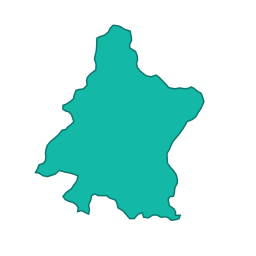 Astolfo Dutra, Minas Gerais, Brazil, rotated 197°
{"feature_id": "56859067B65913887503429", "entity_name": "Astolfo Dutra", "entity_type": "district", "adm_level": 2, "iso_a3": "BRA", "parent_name": "Brazil", "parent_adm1": "Minas Gerais", "projection": "mercator", "projection_center": [-42.877, -21.322], "detail": "fine", "context": "isolated", "style": "filled", "palette": "teal", "viewbox_px": 256, "rotation_deg": 197, "n_neighbors": 0, "source": "geoboundaries", "source_scale": "gbopen_adm2", "svg_char_len": 1995}
<svg xmlns="http://www.w3.org/2000/svg" viewBox="0 0 256 256"><g transform="rotate(197 128 128)"><path d="M151.7,33.3L148.2,35.5L144.0,34.6L140.5,34.2L141.0,38.6L143.2,43.0L142.6,48.0L143.0,52.6L140.6,55.3L136.7,54.6L132.7,55.8L128.6,57.1L125.2,55.7L121.9,55.6L118.8,55.3L116.6,52.8L114.2,48.7L109.0,47.5L104.3,44.7L99.9,41.8L95.6,43.2L93.3,48.2L89.7,51.2L87.0,47.3L82.3,48.0L78.8,52.0L75.1,53.2L70.0,52.3L66.5,54.1L63.3,54.0L59.8,52.4L55.7,54.2L52.7,56.3L52.5,59.8L57.1,58.4L58.1,61.8L60.5,64.1L65.6,65.7L68.7,71.2L67.9,74.6L64.5,76.1L64.8,80.0L65.7,84.5L64.8,89.4L65.6,92.9L68.1,97.2L72.2,100.6L76.2,102.9L79.8,105.7L81.5,109.9L83.3,114.9L82.3,119.3L81.8,123.7L81.2,128.0L78.8,133.6L76.6,139.2L74.9,144.5L73.4,151.4L69.0,154.9L66.5,158.5L65.4,163.2L64.0,167.9L63.1,175.2L65.7,179.4L68.2,182.5L72.4,183.5L76.6,185.2L79.6,185.7L82.3,183.2L86.5,181.9L90.4,181.4L94.1,179.4L97.9,178.7L101.0,178.6L104.3,180.7L108.8,183.2L112.9,185.5L116.6,186.8L120.8,183.8L125.5,183.2L129.9,184.7L133.5,186.3L136.5,188.4L138.8,192.2L138.8,195.9L140.3,199.6L143.2,203.4L149.3,204.9L150.9,207.7L150.2,212.8L151.5,216.0L154.2,221.3L159.9,221.3L164.8,222.7L168.0,222.7L172.2,221.9L174.1,218.4L174.9,213.9L177.9,209.6L180.9,207.7L184.0,204.9L182.8,200.4L181.5,195.4L180.8,191.7L180.6,187.7L180.2,184.1L177.1,179.7L175.8,174.2L179.3,169.3L181.6,164.6L181.5,161.3L179.6,157.0L182.1,152.3L185.9,150.6L188.7,148.9L189.0,144.0L188.7,140.1L190.7,136.7L194.1,132.7L196.8,130.7L195.7,126.9L192.5,126.0L189.3,126.2L186.2,124.4L184.0,121.7L181.7,118.2L183.6,114.4L185.8,111.4L187.2,108.3L190.4,106.7L192.3,101.5L195.4,96.6L198.3,92.0L200.1,87.8L200.1,83.8L199.6,79.9L198.0,76.2L197.4,72.5L198.9,69.3L202.3,66.7L202.6,62.2L203.5,58.4L199.8,58.8L195.1,57.5L190.8,58.0L187.9,60.0L184.3,62.5L181.3,67.4L176.1,67.4L171.1,67.9L166.3,68.1L161.8,67.6L161.4,62.3L162.8,58.4L164.5,53.2L168.3,48.2L170.1,43.5L167.2,41.3L163.8,40.7L158.8,40.7L154.9,39.5L152.3,37.3L151.7,33.3Z" fill="#14b8a6" stroke="#0f766e" stroke-width="1.5"/></g></svg>